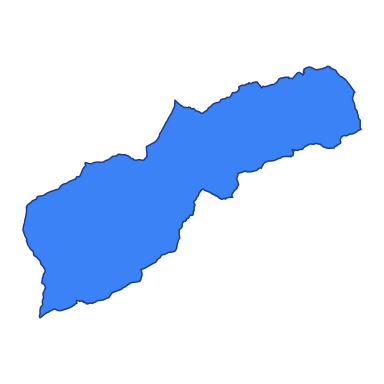 Slanic-Moldova, Bacau, Romania
{"feature_id": "2599482B31492670959230", "entity_name": "Slanic-Moldova", "entity_type": "district", "adm_level": 2, "iso_a3": "ROU", "parent_name": "Romania", "parent_adm1": "Bacau", "projection": "mercator", "projection_center": [26.446, 46.203], "detail": "fine", "context": "isolated", "style": "filled", "palette": "blue", "viewbox_px": 384, "rotation_deg": 0, "n_neighbors": 0, "source": "geoboundaries", "source_scale": "gbopen_adm2", "svg_char_len": 5906}
<svg xmlns="http://www.w3.org/2000/svg" viewBox="0 0 384 384"><path d="M94.8,302.4L97.6,300.7L103.3,299.9L106.8,298.2L108.4,297.8L109.4,296.8L111.3,293.8L112.3,292.6L120.7,289.6L123.5,287.5L125.1,286.9L127.8,284.7L130.9,282.9L132.2,282.5L138.7,281.6L139.9,281.2L140.5,280.4L140.9,279.4L141.1,277.6L141.5,276.9L142.1,274.3L141.7,271.8L141.0,269.6L144.8,268.2L153.4,263.3L155.4,262.4L156.1,261.7L157.4,259.6L158.4,258.6L160.2,257.6L161.1,255.7L161.7,255.1L162.6,254.6L164.6,254.4L168.8,252.3L170.4,252.3L172.1,252.0L174.8,251.2L175.3,250.7L176.6,248.5L177.1,244.5L177.7,243.0L178.2,240.5L179.7,238.0L179.0,233.6L179.3,232.6L179.2,232.4L179.1,229.9L181.5,227.7L182.1,226.4L182.3,224.1L182.7,222.5L183.0,222.4L183.8,221.3L185.1,221.4L186.2,220.6L186.4,219.4L187.2,218.8L187.4,218.3L188.1,218.4L188.4,218.2L188.9,217.5L190.0,215.2L192.5,215.3L193.1,214.5L193.3,213.7L193.2,212.9L193.4,211.3L193.8,211.3L194.1,209.8L194.2,206.5L194.9,205.7L194.9,204.5L193.9,203.1L193.8,202.3L194.0,201.4L194.2,200.9L195.1,200.4L196.1,199.2L197.0,197.0L197.9,196.1L198.5,195.3L198.6,194.4L199.4,192.6L202.0,189.4L202.9,189.5L203.0,189.3L203.4,189.3L205.1,190.6L206.4,190.8L207.4,191.4L210.8,192.5L211.0,193.2L211.4,193.5L213.0,194.4L214.5,194.8L215.3,195.7L216.3,195.7L218.6,197.3L219.2,198.2L222.0,199.4L222.6,198.9L224.5,198.6L225.3,199.1L227.0,197.8L229.3,197.3L232.5,197.3L231.8,195.1L231.9,194.5L234.5,190.5L235.4,189.8L237.0,188.2L237.3,187.0L238.6,184.7L237.7,181.3L236.6,178.7L238.4,173.3L241.9,172.3L242.6,171.8L243.6,171.8L244.7,170.9L246.8,171.8L249.7,171.9L253.5,171.3L254.5,170.8L255.7,170.7L257.2,170.0L257.9,169.5L257.9,168.9L258.9,168.3L260.9,167.9L261.3,168.1L263.0,164.7L264.0,163.3L264.6,162.7L267.7,161.2L273.6,160.7L275.3,159.9L276.0,159.9L277.3,159.0L280.6,158.1L282.4,156.7L285.7,156.5L289.3,156.6L289.6,156.3L290.7,156.8L291.0,156.7L291.4,155.9L292.9,155.7L293.1,155.1L293.5,153.2L293.1,151.6L292.2,150.1L292.3,149.7L294.0,149.9L294.7,150.7L294.9,150.3L295.7,150.1L297.4,150.4L300.1,149.4L302.4,149.4L303.8,147.7L304.0,147.2L309.5,144.1L311.5,144.0L313.1,144.4L314.2,144.1L314.8,143.5L315.1,143.8L316.3,143.4L317.9,144.0L320.0,144.1L323.5,147.0L326.0,147.8L328.4,148.3L334.0,148.0L334.7,146.6L337.1,145.7L337.7,144.7L338.6,144.4L340.7,143.1L340.7,141.6L340.2,140.4L340.1,139.7L340.8,138.2L341.7,136.9L342.8,136.0L344.1,135.6L346.6,135.8L349.9,134.1L352.6,133.9L355.3,132.7L358.7,130.2L361.0,129.4L360.2,127.6L360.2,120.3L358.5,118.1L358.1,115.3L357.2,112.7L357.1,111.2L356.7,110.4L355.0,108.3L354.9,106.5L354.4,103.6L353.2,101.0L352.7,99.2L352.5,97.3L353.0,96.6L353.9,93.0L354.8,92.2L348.1,82.8L345.1,79.2L341.6,76.8L340.2,76.2L337.1,72.8L335.7,70.3L330.0,67.6L330.2,67.2L329.4,66.6L327.8,66.3L326.8,66.6L326.2,67.4L325.0,67.9L324.5,67.8L321.9,68.9L316.2,69.8L315.0,69.4L311.5,67.5L309.1,67.0L306.0,67.9L305.2,68.6L304.4,68.8L303.9,69.3L304.3,70.3L304.1,70.8L303.6,70.9L303.4,72.1L303.9,72.3L304.2,72.9L304.1,73.2L303.5,73.3L303.3,74.5L302.8,75.0L301.0,73.4L299.3,72.4L297.3,73.0L292.5,78.7L292.0,78.4L288.8,78.3L288.7,77.2L284.4,77.3L284.0,77.7L280.3,78.2L278.6,79.3L278.4,80.1L276.7,82.3L274.0,84.5L272.4,84.5L271.0,84.7L267.9,86.0L264.4,86.7L262.9,86.3L261.9,87.7L261.4,87.8L260.3,85.7L258.8,84.4L257.3,82.1L255.5,81.9L254.3,82.4L252.6,82.6L251.8,83.7L251.4,83.8L250.8,83.8L249.2,82.8L248.6,83.0L248.1,84.1L246.5,84.0L244.8,85.2L241.8,85.3L238.8,86.8L238.7,87.6L239.2,88.8L238.8,89.8L238.4,90.1L238.6,90.3L238.0,90.7L237.7,91.3L237.0,91.8L236.1,91.9L235.4,92.5L232.6,92.7L230.5,96.6L229.2,97.4L226.8,97.4L225.2,98.8L223.2,98.9L221.3,99.5L220.7,99.8L219.9,101.7L219.4,102.0L215.1,103.1L213.1,104.0L211.3,106.0L208.4,108.0L207.0,110.5L205.3,111.2L202.4,113.4L201.4,113.3L199.3,111.8L195.8,110.8L194.5,109.2L193.5,108.6L192.3,108.7L191.9,108.9L190.8,108.2L190.2,107.4L189.3,107.5L188.7,107.1L188.1,107.6L187.1,107.7L185.6,107.3L184.2,107.4L180.0,104.8L175.1,100.4L174.8,102.2L174.5,106.7L173.7,108.6L172.9,109.9L171.7,112.9L168.0,119.0L167.5,120.4L165.8,122.8L164.4,125.8L162.6,128.8L161.5,131.2L159.8,133.7L159.3,136.1L157.6,139.1L156.0,141.1L154.8,142.1L146.6,146.6L146.4,147.3L146.5,149.7L146.9,152.5L146.9,155.8L146.7,157.3L145.4,158.1L144.0,160.0L142.5,160.3L139.1,159.6L136.1,160.2L133.9,160.0L133.7,159.4L132.5,158.5L132.0,158.7L131.1,158.4L129.9,157.0L127.6,155.6L124.7,154.7L122.6,154.8L118.6,154.2L116.7,155.6L115.8,156.0L112.4,156.4L110.8,158.0L108.2,159.8L105.8,160.5L103.4,162.0L102.1,162.3L98.1,162.1L96.0,162.2L94.4,162.5L90.6,163.9L85.3,162.6L85.1,163.4L85.6,165.7L84.3,167.0L82.9,169.0L80.1,175.8L78.8,176.8L77.4,176.6L76.6,176.9L75.8,178.8L69.1,181.6L66.6,183.3L64.0,183.9L61.7,185.2L60.0,187.0L58.7,189.2L56.1,189.7L50.8,191.5L47.6,192.8L45.4,194.1L44.3,195.1L42.9,195.6L39.1,196.2L37.4,196.7L36.4,199.1L32.4,200.8L30.5,202.8L28.1,204.5L27.2,205.5L26.5,206.9L26.4,207.9L26.6,209.6L26.4,212.7L25.5,217.8L25.1,219.0L24.6,221.3L24.7,222.5L23.6,225.4L23.0,229.5L23.1,230.4L24.9,235.7L26.4,238.4L26.7,239.4L26.4,241.0L27.2,242.5L27.4,243.9L28.1,245.4L29.2,246.9L30.6,249.3L32.8,251.0L33.5,252.6L33.6,254.6L34.3,255.7L36.5,257.0L40.1,261.0L41.0,264.3L43.2,266.5L45.2,270.1L45.2,271.2L45.0,271.8L43.3,274.7L43.1,276.3L42.4,278.4L42.2,280.5L41.6,282.5L42.1,283.4L43.8,284.1L44.7,285.5L45.5,287.9L44.5,289.7L44.1,291.4L43.3,292.5L43.0,293.3L43.0,294.6L43.6,296.9L43.4,298.2L42.6,299.8L42.4,301.3L42.3,302.6L42.8,304.3L42.4,305.3L41.1,306.6L40.3,308.3L40.0,311.1L40.1,313.2L39.4,316.2L39.8,317.5L40.0,317.7L41.0,317.3L42.6,315.7L46.1,313.1L48.4,312.2L50.9,310.7L54.4,308.9L54.9,308.9L55.3,309.3L57.8,310.5L60.6,310.7L68.1,308.3L71.9,306.7L72.9,305.6L74.1,305.2L75.2,304.0L76.9,303.2L76.6,301.9L76.4,301.6L76.4,301.1L76.7,300.6L78.6,300.7L79.6,301.4L81.1,300.9L82.1,301.2L82.6,301.0L82.8,301.3L83.7,301.5L83.4,302.2L83.4,302.4L86.1,302.8L86.3,302.9L86.1,303.2L86.2,303.7L87.0,303.9L88.0,303.8L90.1,303.0L92.8,303.4L93.2,302.6L94.8,302.4Z" fill="#3b82f6" stroke="#1e3a8a" stroke-width="1.5"/></svg>